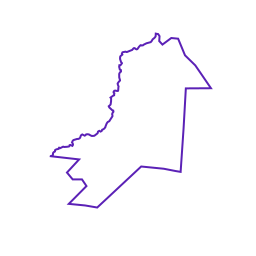 Strafford, New Hampshire, United States of America, rotated 236°
{"feature_id": "52423323B44709532305945", "entity_name": "Strafford", "entity_type": "district", "adm_level": 2, "iso_a3": "USA", "parent_name": "United States of America", "parent_adm1": "New Hampshire", "projection": "robinson", "projection_center": [-70.925, 43.327], "detail": "fine", "context": "isolated", "style": "outline", "palette": "violet", "viewbox_px": 256, "rotation_deg": 236, "n_neighbors": 0, "source": "geoboundaries", "source_scale": "gbopen_adm2", "svg_char_len": 2319}
<svg xmlns="http://www.w3.org/2000/svg" viewBox="0 0 256 256"><g transform="rotate(236 128 128)"><path d="M147.9,48.3L147.8,48.2L129.3,69.9L125.2,52.5L116.3,53.4L111.1,61.1L103.1,61.1L98.2,36.5L87.8,49.1L79.3,58.0L88.7,117.4L74.2,134.9L65.6,143.5L62.2,147.1L96.4,173.7L98.1,175.0L128.5,198.1L114.6,219.0L132.8,218.9L142.3,218.8L156.4,215.9L174.0,219.5L178.4,214.2L177.9,203.2L182.6,202.5L186.5,205.5L189.0,205.5L190.7,203.8L188.6,202.2L188.2,201.4L187.9,200.2L187.7,198.0L186.8,196.1L186.5,194.8L187.9,190.7L188.3,187.6L188.2,186.6L188.8,185.4L189.2,185.2L189.5,185.0L189.6,184.5L189.2,182.6L188.2,180.0L188.3,179.3L188.5,179.0L189.5,178.4L190.5,178.2L190.9,177.6L190.9,176.9L190.7,176.2L190.6,175.9L190.4,175.1L191.6,169.6L191.9,169.2L192.7,168.6L193.8,165.9L193.8,165.6L193.3,164.9L193.1,164.5L192.5,164.3L192.0,164.3L191.8,162.0L191.3,161.2L189.8,160.1L189.7,160.1L189.1,159.8L188.6,159.7L188.2,159.6L186.6,159.1L185.5,159.3L185.0,159.1L184.3,157.0L184.3,156.6L184.7,156.3L184.9,156.0L183.7,154.9L181.0,153.9L180.1,154.5L179.2,154.1L178.7,153.7L178.7,152.8L178.2,151.6L177.7,150.9L174.8,149.0L172.1,148.1L171.8,147.9L171.5,146.3L170.7,144.3L169.6,143.8L167.7,143.4L167.0,142.7L164.8,141.0L164.4,140.3L165.4,139.0L166.2,138.3L166.5,137.4L165.9,136.1L165.3,135.9L164.4,136.1L163.7,135.4L162.9,134.8L163.1,134.2L163.0,130.5L162.0,130.5L161.7,130.4L159.5,128.8L159.4,128.7L157.4,126.9L157.1,126.4L156.9,125.0L156.8,124.2L155.5,124.0L151.1,125.0L150.7,125.5L149.6,125.0L149.2,123.8L148.4,122.6L147.4,122.3L146.4,121.6L144.6,117.4L144.1,116.3L144.3,114.5L143.7,112.9L142.0,110.4L141.3,109.6L141.3,109.3L140.9,108.5L140.8,108.1L140.8,106.6L141.0,105.6L140.3,104.6L140.3,103.9L140.4,103.2L141.7,102.6L141.8,101.5L141.7,101.0L140.8,100.1L140.6,99.4L140.4,96.3L140.5,95.4L141.7,93.5L143.2,92.6L144.2,92.2L145.3,91.2L146.1,89.8L145.8,88.6L145.9,87.8L148.2,86.5L148.3,85.7L148.1,84.7L146.8,83.0L146.5,82.0L146.7,80.8L147.4,79.6L148.5,76.0L148.2,74.8L147.3,73.5L147.2,73.5L146.8,73.6L145.3,73.3L144.7,72.8L144.3,71.9L146.2,70.7L146.4,70.0L145.9,69.5L145.7,68.7L146.6,66.8L148.0,64.4L148.8,63.8L149.2,60.6L150.2,59.9L150.0,59.3L149.5,58.8L150.4,56.6L150.4,55.1L149.6,54.5L149.4,54.3L149.5,52.9L149.1,51.8L147.8,50.8L147.6,50.4L147.5,49.9L147.6,49.1L147.9,48.3L147.9,48.3Z" fill="none" stroke="#5b21b6" stroke-width="2"/></g></svg>